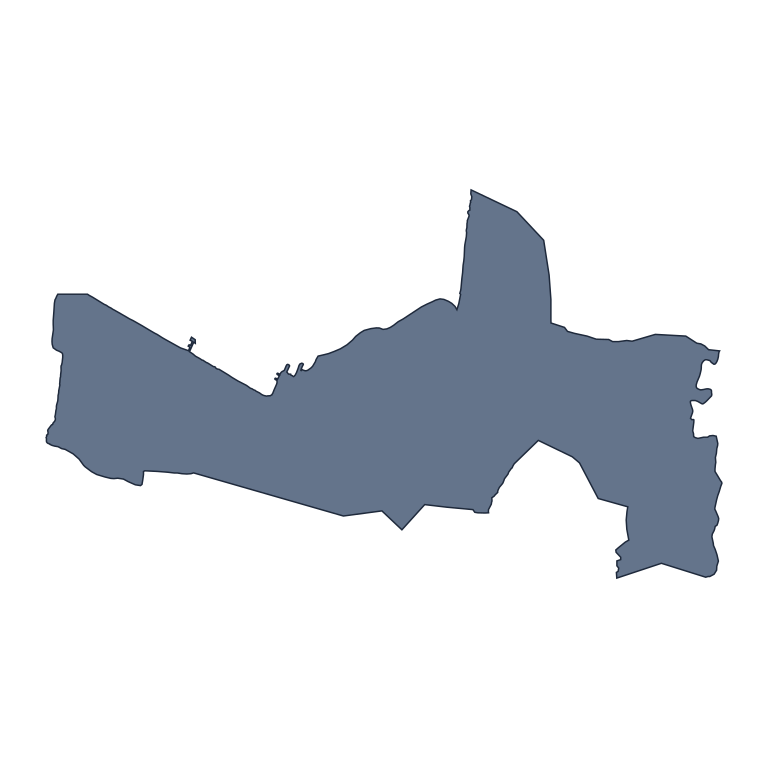 Cul De Sac, Castries, Saint Lucia (Robinson projection)
{"feature_id": "8701671B53480283308673", "entity_name": "Cul De Sac", "entity_type": "district", "adm_level": 2, "iso_a3": "LCA", "parent_name": "Saint Lucia", "parent_adm1": "Castries", "projection": "robinson", "projection_center": [-61.007, 13.982], "detail": "fine", "context": "isolated", "style": "filled", "palette": "slate", "viewbox_px": 768, "rotation_deg": 0, "n_neighbors": 0, "source": "geoboundaries", "source_scale": "gbopen_adm2", "svg_char_len": 6042}
<svg xmlns="http://www.w3.org/2000/svg" viewBox="0 0 768 768"><path d="M471.1,189.9L470.8,193.9L471.8,196.6L471.5,199.6L470.4,200.8L470.7,202.2L470.3,203.0L469.9,205.2L469.5,206.2L469.9,207.7L469.8,210.2L469.1,210.4L467.9,211.6L467.8,212.5L467.9,213.2L468.5,214.1L469.0,215.1L469.1,215.7L468.9,216.5L467.3,220.6L467.3,222.2L467.0,223.4L466.9,227.5L466.3,230.1L466.3,231.0L466.6,232.7L466.3,236.8L464.9,244.5L464.6,247.2L464.2,256.7L463.8,260.8L463.1,265.3L462.6,272.7L461.9,278.3L461.0,288.2L460.7,290.3L459.8,293.4L460.6,294.4L458.8,303.6L456.9,309.7L455.0,306.4L451.7,303.3L448.4,301.3L443.9,299.4L440.0,298.9L435.6,300.1L432.4,301.7L427.0,304.1L421.3,307.0L402.9,319.1L398.2,321.7L393.6,325.3L390.3,327.4L386.8,328.9L383.0,329.4L379.4,328.0L376.3,327.9L370.9,328.6L364.2,330.4L360.4,332.7L355.7,336.4L352.5,340.1L347.0,344.8L340.4,348.8L334.3,351.4L328.5,353.6L324.1,354.7L318.1,356.1L316.1,359.5L315.3,361.8L312.6,366.3L310.9,368.0L308.1,370.0L306.9,370.6L305.2,370.8L302.8,370.0L302.3,369.7L301.5,370.1L300.8,371.1L301.2,369.3L302.2,366.7L303.3,364.6L303.3,364.1L302.7,363.5L301.8,363.2L300.5,363.7L299.7,364.2L298.8,366.0L298.3,367.8L296.5,372.6L295.8,373.9L295.1,375.2L293.7,376.6L293.2,376.5L292.3,375.7L291.0,375.2L290.7,374.2L289.5,374.1L288.9,374.2L288.1,373.7L287.9,373.3L286.8,372.0L289.6,365.9L289.1,365.0L288.2,364.5L287.5,364.4L286.8,364.8L286.2,365.8L284.7,369.4L284.2,370.4L283.6,370.8L282.2,371.5L281.2,372.3L279.9,374.1L279.9,374.4L277.8,373.2L277.3,373.3L276.9,373.8L277.1,374.4L279.3,375.8L277.6,379.1L275.7,378.2L275.3,378.2L274.9,378.6L274.9,379.1L275.1,379.4L277.0,380.5L277.0,382.8L276.6,384.2L274.2,389.6L272.7,393.4L271.9,394.5L271.9,394.8L270.7,395.4L270.4,395.7L267.4,395.9L266.5,396.1L263.9,395.5L262.9,395.1L261.7,394.5L259.5,392.9L256.1,391.2L255.2,390.4L253.6,389.8L251.9,388.7L250.5,388.3L246.5,385.4L237.8,380.9L231.8,377.3L228.6,375.1L218.9,369.2L217.8,369.2L216.3,368.5L215.6,367.8L215.4,367.2L214.6,366.7L213.4,366.6L208.8,363.7L207.5,362.9L206.5,362.6L202.9,360.2L202.1,360.1L199.7,358.5L195.5,356.2L193.1,354.1L189.5,351.7L193.7,342.3L195.3,343.3L195.2,339.7L191.5,337.2L190.1,340.2L192.3,341.4L190.6,345.4L189.1,344.8L188.2,346.1L189.5,347.0L189.7,347.7L188.5,350.7L180.5,347.9L164.5,339.0L162.1,337.6L157.3,334.5L154.7,333.2L149.4,330.1L141.9,325.6L133.1,320.6L129.6,318.9L121.2,314.0L114.0,309.9L112.8,309.3L111.1,308.1L108.5,306.8L106.4,305.3L104.3,304.4L92.6,297.2L89.1,295.3L87.5,294.2L57.8,294.2L56.6,296.4L55.8,298.4L55.0,299.8L54.4,303.2L53.9,311.2L53.2,320.4L53.2,324.3L53.3,326.5L53.4,330.0L52.1,338.7L52.0,341.5L52.2,344.3L53.2,347.8L56.5,350.2L59.0,351.2L61.0,352.3L61.9,352.9L62.5,353.7L62.7,355.3L62.7,357.3L62.3,361.0L62.2,362.3L61.6,364.9L61.1,365.8L61.0,366.9L61.1,370.7L60.6,374.9L60.6,376.0L60.5,377.1L60.2,377.8L60.0,379.7L59.8,382.7L59.6,384.1L59.9,384.9L59.9,385.1L59.7,385.7L59.6,386.3L58.7,390.9L58.7,392.2L58.4,394.2L58.1,395.2L58.0,398.1L57.8,400.6L57.5,401.9L56.7,404.6L56.4,406.2L56.4,408.6L55.9,410.6L55.4,414.5L54.9,416.8L55.3,418.2L55.4,419.0L55.3,419.7L54.8,421.0L52.9,423.3L52.8,424.1L52.5,424.6L51.7,424.8L51.2,425.3L48.1,429.4L47.7,430.5L48.1,432.7L47.8,434.3L47.4,434.7L47.2,434.7L46.6,435.2L46.7,436.4L46.1,437.5L46.5,438.8L46.4,440.3L46.5,441.8L47.1,442.7L48.0,443.4L49.8,444.0L49.9,444.4L52.1,445.4L54.6,446.1L58.1,446.7L61.6,448.6L65.2,449.4L73.2,453.9L79.1,459.1L83.6,465.3L85.1,466.8L91.6,471.7L96.7,474.5L105.0,477.0L110.8,478.4L114.0,478.6L117.7,478.2L123.5,479.1L128.1,481.6L135.3,484.8L140.5,485.6L142.0,484.4L142.7,480.4L143.5,474.5L143.5,471.5L144.8,470.8L157.0,471.4L167.5,472.2L174.4,473.0L177.5,473.0L181.9,473.7L186.9,474.0L191.0,473.7L193.6,472.9L343.4,516.0L381.9,510.9L401.9,529.8L424.7,504.6L446.9,507.2L472.9,509.6L474.8,512.3L477.7,512.8L484.9,513.0L488.6,512.8L488.6,512.5L488.4,511.9L488.5,509.6L491.3,504.2L491.6,502.2L492.0,501.0L491.8,497.8L494.1,496.2L495.2,494.8L497.7,492.4L497.7,491.2L498.1,490.0L499.4,487.3L502.1,484.1L502.9,483.0L504.1,480.0L504.4,478.9L508.0,474.1L508.7,472.1L511.3,468.5L512.1,467.9L513.0,465.8L514.2,463.8L538.3,440.4L572.3,456.8L579.5,462.9L598.2,498.5L627.8,506.8L627.0,511.4L626.2,520.0L626.8,529.2L628.8,540.1L625.3,542.1L618.4,547.7L615.8,550.0L616.1,552.3L620.7,557.2L620.7,559.6L616.9,560.9L616.9,565.8L618.7,568.1L618.1,571.4L616.4,572.4L616.8,578.1L661.4,563.3L705.7,577.2L708.0,576.5L709.8,576.5L714.1,574.2L716.6,570.2L716.8,566.2L718.4,561.1L717.0,554.8L715.2,549.4L713.5,545.5L713.3,543.4L711.9,536.8L712.3,534.1L714.0,530.8L714.6,529.2L715.2,526.4L717.0,525.2L717.8,523.0L718.5,520.4L718.7,518.5L718.1,516.6L715.6,510.7L714.8,509.2L714.9,507.7L716.6,499.9L717.7,495.8L719.2,491.6L720.8,486.2L721.9,483.4L721.7,482.2L720.5,480.6L717.4,475.4L715.0,471.5L715.0,468.9L715.4,464.7L715.8,462.4L715.4,457.5L716.4,453.3L716.8,448.6L717.6,445.6L717.8,443.5L716.2,436.2L713.0,435.5L709.5,435.9L707.6,437.2L703.6,437.2L697.9,438.4L695.2,437.6L693.7,436.6L693.5,433.6L692.7,430.9L693.8,422.4L693.9,419.9L693.3,419.5L691.9,419.7L690.5,418.3L692.5,412.7L692.8,411.0L692.5,409.4L691.2,405.7L690.7,404.0L690.3,401.9L690.6,401.1L691.4,400.6L692.2,400.5L695.1,400.5L695.9,400.7L697.9,401.5L701.7,403.7L702.6,403.9L703.3,403.7L705.3,402.2L706.8,400.8L711.5,395.9L711.7,395.2L711.8,394.4L711.5,392.4L711.5,391.0L711.4,390.5L711.0,389.8L710.6,389.5L709.9,389.2L708.1,388.8L706.3,388.9L703.5,389.5L700.8,389.9L699.3,389.5L697.5,388.6L696.6,387.8L696.2,386.6L696.2,384.9L697.1,381.8L699.4,376.4L700.2,373.7L701.1,369.8L701.3,367.7L701.3,366.3L701.5,364.4L702.2,362.7L702.9,361.8L703.7,360.8L704.9,360.0L705.7,359.7L707.0,359.8L709.9,360.6L711.3,362.4L713.8,364.2L714.6,364.2L715.1,364.0L716.2,362.8L717.1,361.1L717.8,359.2L718.4,356.6L718.6,354.1L718.9,352.5L719.2,351.6L719.6,350.9L708.6,349.7L704.8,346.0L700.9,343.9L696.8,343.2L685.8,336.1L655.3,334.4L632.1,341.2L626.8,340.5L618.5,341.6L612.6,341.6L608.7,339.5L596.3,339.2L587.1,336.1L574.6,333.4L567.5,331.4L564.5,327.4L551.0,323.0L550.9,319.9L550.9,299.5L549.1,275.0L543.7,240.3L516.9,211.7L471.1,189.9Z" fill="#64748b" stroke="#1e293b" stroke-width="1.5"/></svg>